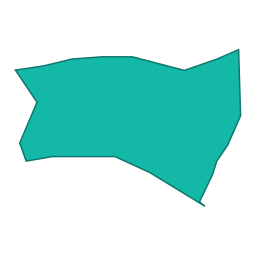 outline of Jung-gu [Central District], Seoul, South Korea
{"feature_id": "91817680B29418542168397", "entity_name": "Jung-gu [Central District]", "entity_type": "district", "adm_level": 2, "iso_a3": "KOR", "parent_name": "South Korea", "parent_adm1": "Seoul", "projection": "equal_earth", "projection_center": [126.998, 37.546], "detail": "fine", "context": "isolated", "style": "filled", "palette": "teal", "viewbox_px": 256, "rotation_deg": 0, "n_neighbors": 0, "source": "geoboundaries", "source_scale": "gbopen_adm2", "svg_char_len": 378}
<svg xmlns="http://www.w3.org/2000/svg" viewBox="0 0 256 256"><path d="M15.4,70.1L37.0,102.2L36.2,104.1L19.7,143.0L26.2,161.1L52.2,156.6L115.0,156.6L149.7,172.5L205.0,206.3L199.5,201.9L212.5,174.7L216.8,161.1L227.6,145.2L240.6,115.8L238.6,49.7L216.8,59.1L184.3,70.4L132.3,56.8L102.0,56.8L71.7,59.1L43.5,65.9L15.4,70.1Z" fill="#14b8a6" stroke="#0f766e" stroke-width="1.5"/></svg>